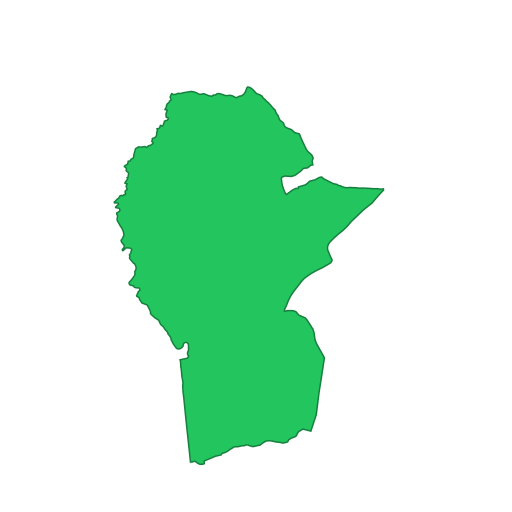 the district of Ingende, Équateur, Democratic Republic of the Congo, rotated 246°
{"feature_id": "63176286B3271137171664", "entity_name": "Ingende", "entity_type": "district", "adm_level": 2, "iso_a3": "COD", "parent_name": "Democratic Republic of the Congo", "parent_adm1": "Équateur", "projection": "orthographic", "projection_center": [19.593, -0.719], "detail": "fine", "context": "isolated", "style": "filled", "palette": "green", "viewbox_px": 512, "rotation_deg": 246, "n_neighbors": 0, "source": "geoboundaries", "source_scale": "gbopen_adm2", "svg_char_len": 6028}
<svg xmlns="http://www.w3.org/2000/svg" viewBox="0 0 512 512"><g transform="rotate(246 256 256)"><path d="M135.2,277.1L150.8,275.7L153.4,275.7L156.4,276.1L159.8,277.1L162.6,277.9L166.8,278.3L167.6,277.9L170.1,277.7L177.3,276.5L179.3,275.9L184.7,271.0L188.7,269.9L189.6,269.2L191.4,266.9L193.3,262.5L193.9,259.5L195.7,260.5L198.3,263.6L202.1,267.4L205.8,272.0L208.8,277.0L211.9,282.9L214.5,287.7L216.0,291.4L217.0,296.0L217.5,298.7L217.8,301.6L218.2,306.3L218.3,311.3L218.9,317.6L219.4,321.5L220.4,323.1L221.4,323.9L226.2,323.8L232.6,324.0L234.5,324.7L236.0,325.7L237.3,327.0L238.6,329.0L239.3,330.9L240.7,334.4L242.5,340.1L243.9,345.5L245.9,351.1L248.6,356.7L250.7,362.6L254.1,372.0L255.1,375.5L257.1,383.3L261.9,393.5L264.3,399.3L265.5,399.7L266.0,398.1L266.6,396.6L267.3,395.6L268.2,394.2L268.6,393.2L269.7,390.8L270.7,388.8L271.9,386.6L272.5,385.4L273.5,383.4L274.6,381.3L275.7,378.5L276.9,376.4L277.9,374.7L278.7,373.0L279.9,370.8L280.6,369.1L281.0,367.9L281.3,367.1L282.0,365.6L284.0,363.2L286.0,361.5L287.0,359.9L288.3,359.3L290.7,356.0L297.3,350.6L299.2,349.2L300.6,348.5L301.5,348.1L302.0,345.8L301.6,340.8L302.5,335.5L301.3,331.9L300.9,329.8L301.9,322.8L300.9,322.5L300.7,321.8L301.0,320.8L301.6,320.2L301.4,316.1L299.8,308.8L300.5,308.4L301.6,308.3L302.8,308.3L303.8,308.3L306.0,308.4L307.8,308.6L310.0,308.8L311.6,309.2L312.8,309.5L314.0,309.9L315.4,310.3L316.3,310.6L316.7,310.9L317.5,311.7L317.3,314.9L314.3,320.6L313.9,323.4L314.0,325.4L315.4,331.7L316.6,334.4L316.6,335.6L315.6,338.6L315.7,339.9L316.6,342.8L316.1,345.0L318.9,345.6L320.5,346.4L322.1,348.0L324.8,348.1L326.6,347.6L328.2,346.9L329.8,346.1L332.2,345.4L334.4,345.3L336.9,345.2L339.4,345.2L342.1,345.1L344.6,345.1L349.9,345.3L352.9,341.6L356.9,339.9L360.8,336.0L362.4,335.1L363.6,334.9L366.3,335.2L367.6,334.5L370.3,333.2L372.1,333.0L375.1,333.3L377.9,332.6L380.8,332.7L381.9,332.8L383.4,332.0L390.9,329.7L392.1,329.1L393.3,328.4L395.1,328.0L397.3,326.8L399.6,326.6L401.0,325.3L401.6,325.2L403.5,323.1L405.0,322.2L408.2,321.2L411.1,319.9L412.7,318.7L413.8,317.1L413.3,316.0L410.2,313.0L408.8,310.7L408.3,308.9L408.3,307.5L408.8,305.5L408.6,303.1L408.8,302.1L412.2,299.3L413.4,297.6L414.1,295.4L414.8,293.6L419.0,289.0L419.9,287.2L420.0,286.1L419.6,284.5L420.4,282.5L419.9,280.6L421.8,277.9L425.1,274.8L425.7,273.8L425.8,273.4L426.3,270.8L426.7,270.1L430.5,266.9L432.6,264.0L434.7,256.2L435.1,253.3L436.3,251.0L436.3,250.0L436.3,249.0L436.6,247.8L436.9,246.6L437.2,246.1L437.8,245.7L438.6,245.2L438.0,244.1L436.1,242.2L433.8,242.1L432.9,241.7L432.7,240.0L431.6,239.0L431.1,236.8L429.7,235.3L428.5,234.7L426.9,232.4L426.6,232.5L425.8,234.0L425.2,234.2L422.7,231.8L422.3,231.4L420.7,231.0L419.8,230.5L419.7,230.5L419.2,230.5L418.2,231.8L417.6,231.9L416.7,231.3L416.2,230.5L416.4,228.4L416.4,227.1L415.5,226.6L412.9,223.9L412.7,223.2L413.6,222.4L414.2,221.9L414.0,221.5L412.5,220.3L412.4,220.2L412.1,219.1L412.5,217.3L411.5,217.1L410.6,216.9L409.6,215.8L407.3,214.6L406.0,213.5L405.4,212.7L405.5,211.7L405.2,210.6L405.3,210.3L405.5,209.8L405.5,209.1L404.1,208.4L403.1,207.4L401.4,208.2L400.7,207.7L400.3,205.9L400.0,204.7L400.4,202.9L399.7,200.3L400.4,199.7L401.2,199.0L402.3,195.0L403.5,193.1L403.0,189.6L398.4,185.8L395.4,183.8L395.1,181.0L395.0,180.8L393.9,179.5L394.0,179.2L394.4,178.4L394.6,177.9L392.0,175.9L391.9,173.2L391.5,172.2L391.0,172.1L389.8,173.1L389.1,173.1L388.6,173.2L387.1,172.2L386.1,172.2L384.2,173.3L383.1,173.1L380.8,171.6L379.9,171.0L379.9,170.6L379.9,170.1L379.0,170.2L378.2,169.4L377.6,168.4L376.5,166.4L375.7,165.9L374.4,167.6L374.0,167.4L373.9,167.3L372.7,165.8L369.4,165.5L368.5,162.9L367.3,162.3L366.2,162.2L365.7,162.2L365.4,161.8L365.7,160.3L365.3,159.6L365.1,159.1L366.1,157.8L366.3,156.3L365.0,154.4L364.7,154.0L364.2,151.6L363.6,150.8L362.9,148.4L362.1,148.3L360.8,151.0L360.1,151.6L359.1,151.4L358.1,148.1L357.6,147.5L357.3,147.5L357.2,147.6L355.4,150.2L354.7,150.5L353.1,150.3L352.4,149.5L352.1,147.4L352.0,146.4L351.1,145.8L348.9,145.9L346.6,144.3L344.8,143.6L344.5,143.7L343.2,143.8L338.4,144.3L335.8,144.8L332.0,144.7L329.0,143.9L326.5,141.4L325.4,139.4L324.7,138.9L324.1,138.9L323.2,138.9L319.3,139.9L319.2,139.8L318.3,139.5L317.3,138.6L316.7,137.4L316.3,136.6L315.9,136.3L315.4,136.3L315.1,136.4L315.0,137.1L316.2,140.1L316.0,141.3L314.3,144.4L312.9,145.1L312.1,145.1L311.2,143.8L309.8,143.0L308.5,140.8L306.6,140.5L306.0,139.8L304.8,139.6L302.3,140.3L299.2,141.2L298.1,142.0L296.8,142.0L295.3,142.1L293.6,141.5L292.4,140.6L292.2,140.5L291.2,139.0L288.7,138.1L287.5,137.0L285.2,133.1L283.5,129.4L282.3,128.8L281.0,129.0L280.1,129.8L278.5,132.0L277.3,132.0L276.0,133.1L274.3,136.2L273.7,136.4L273.3,136.3L272.5,136.2L271.9,135.8L271.3,134.0L268.2,130.7L267.6,130.7L265.8,132.1L265.7,132.2L265.2,132.2L263.3,132.0L259.4,132.7L255.5,136.7L249.6,137.0L247.6,136.9L246.6,136.2L245.3,136.4L241.9,137.9L240.8,138.4L237.5,140.6L236.3,141.0L232.4,141.0L230.8,141.7L228.8,142.6L225.9,143.0L223.8,143.8L221.9,144.2L220.8,143.9L218.1,144.6L217.9,144.6L216.5,144.8L215.1,144.9L214.4,144.4L209.1,144.7L204.4,145.7L203.3,146.3L202.5,147.5L202.2,148.9L202.4,150.7L203.1,152.3L204.0,153.2L205.2,154.0L205.8,155.2L205.7,156.4L205.2,157.7L203.4,158.3L202.2,158.1L197.7,156.2L195.2,153.9L194.0,153.5L192.8,153.5L192.0,154.0L191.2,152.7L190.6,151.4L192.1,144.4L190.4,144.1L188.1,143.3L185.5,142.3L182.5,141.5L179.8,140.6L176.9,139.5L169.6,137.7L167.8,136.5L165.4,135.5L163.2,134.8L161.7,134.1L155.4,132.2L134.2,125.2L94.3,112.3L94.2,113.5L93.6,114.5L93.5,116.5L93.1,116.9L91.0,118.1L90.1,118.6L88.4,120.2L87.5,122.5L87.3,124.3L89.8,125.3L89.6,137.4L88.5,143.2L89.7,145.3L89.1,146.4L89.1,150.2L89.8,153.2L90.5,158.7L89.1,161.9L88.7,164.0L88.2,166.4L87.4,168.3L87.5,169.8L86.6,171.8L85.3,172.9L83.1,175.6L81.6,182.9L82.4,186.1L82.9,189.8L81.9,192.9L80.5,195.3L77.9,198.7L76.5,201.3L74.2,204.5L74.0,204.9L73.4,208.2L73.4,209.3L74.0,210.3L74.7,210.8L75.2,213.7L75.0,218.5L75.3,219.6L77.7,222.5L78.3,224.3L78.8,228.5L73.7,234.9L86.5,246.5L105.7,258.1L119.9,267.3L135.2,277.1Z" fill="#22c55e" stroke="#15803d" stroke-width="1.5"/></g></svg>